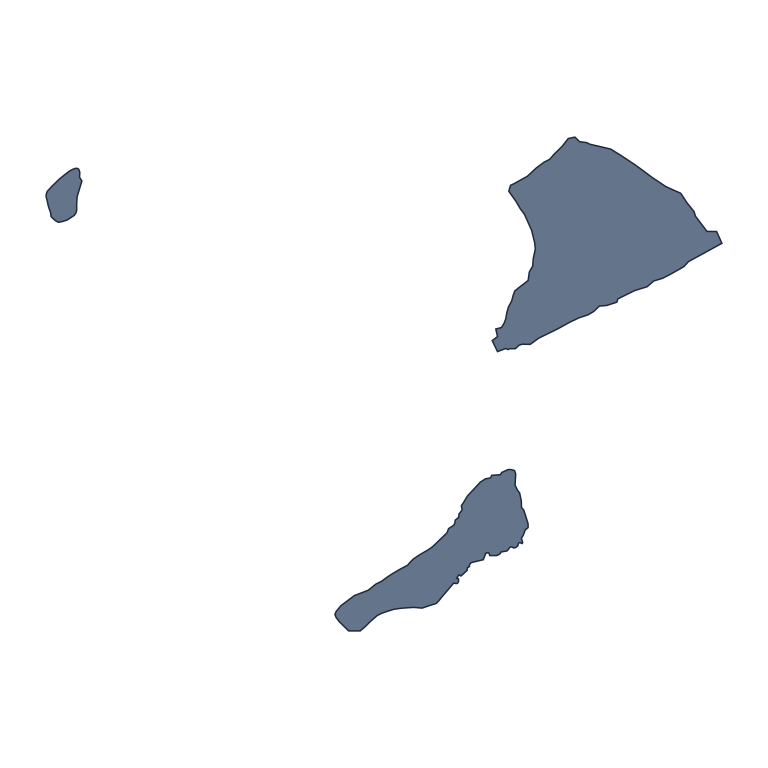 the district of Parem, Federated States of Micronesia
{"feature_id": "79324940B22754223687783", "entity_name": "Parem", "entity_type": "district", "adm_level": 2, "iso_a3": "FSM", "parent_name": "Federated States of Micronesia", "parent_adm1": "", "projection": "mercator", "projection_center": [151.781, 7.352], "detail": "fine", "context": "isolated", "style": "filled", "palette": "slate", "viewbox_px": 768, "rotation_deg": 0, "n_neighbors": 0, "source": "geoboundaries", "source_scale": "gbopen_adm2", "svg_char_len": 2602}
<svg xmlns="http://www.w3.org/2000/svg" viewBox="0 0 768 768"><path d="M520.4,208.9L524.5,214.4L531.6,230.3L534.7,242.9L535.3,249.2L533.3,258.2L532.7,266.0L529.3,272.1L528.1,280.5L519.8,286.9L514.8,290.9L513.3,294.9L511.6,301.2L508.5,306.8L506.8,312.7L505.8,318.8L504.3,322.8L501.5,327.5L495.8,329.0L497.5,336.6L492.2,340.6L497.5,351.6L505.8,348.5L508.0,349.6L509.8,348.7L515.4,348.7L519.2,345.1L522.6,344.2L530.2,344.4L538.7,338.2L558.4,328.5L569.6,322.3L579.0,317.8L588.1,314.8L593.7,311.5L599.3,306.1L600.6,306.0L606.6,305.5L616.8,302.2L618.0,298.8L634.6,290.6L647.2,286.7L653.7,281.0L662.6,278.3L671.1,273.9L683.9,266.6L688.5,261.6L721.9,243.3L716.6,231.5L707.0,231.4L695.5,216.2L694.0,211.5L687.0,202.8L680.7,193.2L675.5,191.0L665.7,186.5L652.4,177.6L641.4,169.4L635.1,164.9L621.2,155.6L615.2,151.9L610.8,149.1L589.8,144.2L586.7,142.6L579.6,141.7L574.9,137.1L568.3,138.5L561.9,146.6L554.1,154.2L549.7,159.3L544.1,162.1L536.5,167.8L535.3,168.9L527.3,176.3L518.3,181.3L513.6,183.9L510.5,185.3L508.8,191.3L516.0,201.4L520.4,208.9ZM525.2,530.0L528.1,527.6L528.1,523.8L523.9,510.3L521.5,507.4L521.3,500.7L519.6,492.9L517.6,490.3L515.1,485.3L515.3,480.9L515.7,473.9L514.5,470.5L510.7,469.5L507.9,469.6L501.7,472.5L500.4,474.7L491.8,475.3L490.5,477.9L485.5,478.8L480.2,482.2L475.0,487.9L467.5,495.9L463.5,502.6L461.4,505.6L462.1,509.9L458.9,514.2L458.8,517.2L455.2,520.2L454.9,522.8L453.8,525.2L448.6,528.6L447.0,532.8L432.6,546.7L428.5,549.6L419.6,554.8L413.6,558.8L410.7,561.6L407.5,565.3L400.2,569.1L393.7,572.9L388.2,576.4L381.7,581.2L375.7,584.2L368.3,590.2L354.5,595.5L341.0,605.6L336.2,611.4L334.9,614.4L336.0,617.3L339.0,621.4L348.6,630.9L360.2,630.9L365.6,626.3L370.0,621.8L377.3,615.5L381.0,613.6L386.5,611.6L393.8,609.3L400.8,608.3L407.1,607.8L413.7,607.4L422.1,608.1L430.7,605.2L436.2,603.5L438.8,600.8L441.1,597.9L453.6,583.2L456.7,583.6L457.8,583.0L458.6,581.4L458.5,578.8L456.7,578.1L459.0,574.7L460.9,576.0L461.7,575.4L467.1,570.4L467.4,567.8L469.5,566.5L469.2,565.4L471.0,562.7L483.3,559.7L485.9,553.0L488.8,552.9L489.8,555.6L496.6,555.6L499.8,554.0L501.1,552.0L507.1,550.9L510.2,547.0L511.5,546.9L513.8,548.0L515.9,547.4L517.8,545.9L518.5,543.2L519.8,542.6L522.2,543.5L522.7,542.6L521.4,538.1L523.2,535.4L525.2,530.0ZM81.9,181.0L79.6,177.3L79.8,172.3L78.8,169.3L77.5,168.4L75.7,168.3L72.8,169.3L69.7,170.9L64.7,174.7L59.3,179.1L52.0,186.2L47.3,191.3L46.3,193.8L46.1,196.6L46.9,199.7L48.5,206.8L50.6,212.7L51.1,216.7L55.3,220.6L58.4,222.3L63.0,221.4L67.2,220.0L74.4,215.3L75.9,212.9L76.7,210.4L76.7,203.1L77.2,196.5L81.9,181.0Z" fill="#64748b" stroke="#1e293b" stroke-width="1.5"/></svg>